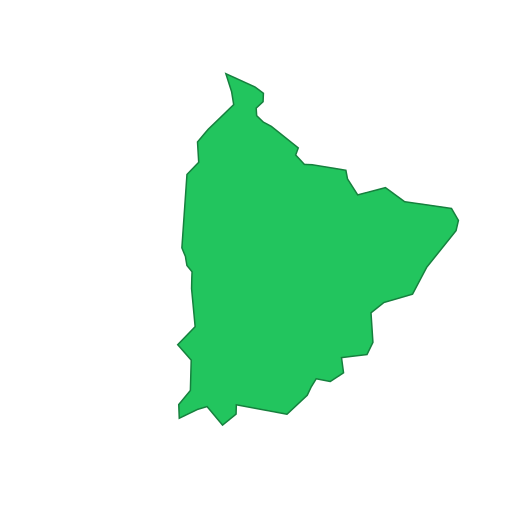 Mat, Dibër, Albania, rotated 44°
{"feature_id": "67620474B55788488782298", "entity_name": "Mat", "entity_type": "district", "adm_level": 2, "iso_a3": "ALB", "parent_name": "Albania", "parent_adm1": "Dibër", "projection": "robinson", "projection_center": [19.995, 41.564], "detail": "fine", "context": "isolated", "style": "filled", "palette": "green", "viewbox_px": 512, "rotation_deg": 44, "n_neighbors": 0, "source": "geoboundaries", "source_scale": "gbopen_adm2", "svg_char_len": 947}
<svg xmlns="http://www.w3.org/2000/svg" viewBox="0 0 512 512"><g transform="rotate(44 256 256)"><path d="M107.7,145.8L124.4,154.8L134.8,162.6L134.1,183.7L133.6,197.9L133.8,201.6L134.7,214.6L149.7,228.4L149.7,245.3L197.0,301.6L202.2,303.9L204.3,304.8L205.7,305.4L206.9,306.4L212.9,310.8L218.0,311.4L221.0,311.8L222.5,313.5L225.0,316.3L232.3,324.2L261.3,349.1L261.3,374.2L281.7,375.9L302.2,398.3L303.6,416.5L313.5,426.0L320.5,407.0L325.4,398.3L349.4,400.9L351.5,383.6L345.2,376.7L388.2,348.3L389.6,320.6L386.7,312.0L384.6,302.5L396.6,294.7L400.1,279.2L388.1,269.7L394.4,261.9L404.3,249.8L400.1,236.9L378.2,217.0L380.3,200.6L395.1,174.7L386.6,145.4L382.3,98.8L376.9,89.8L363.6,86.0L325.2,113.7L301.6,116.9L286.7,141.4L268.3,137.0L261.1,131.9L232.9,151.4L227.2,156.5L214.4,155.8L211.3,148.9L177.0,152.1L168.3,154.6L159.0,154.6L153.4,149.5L153.9,140.1L148.3,133.8L138.0,135.1L107.7,145.8Z" fill="#22c55e" stroke="#15803d" stroke-width="1.5"/></g></svg>